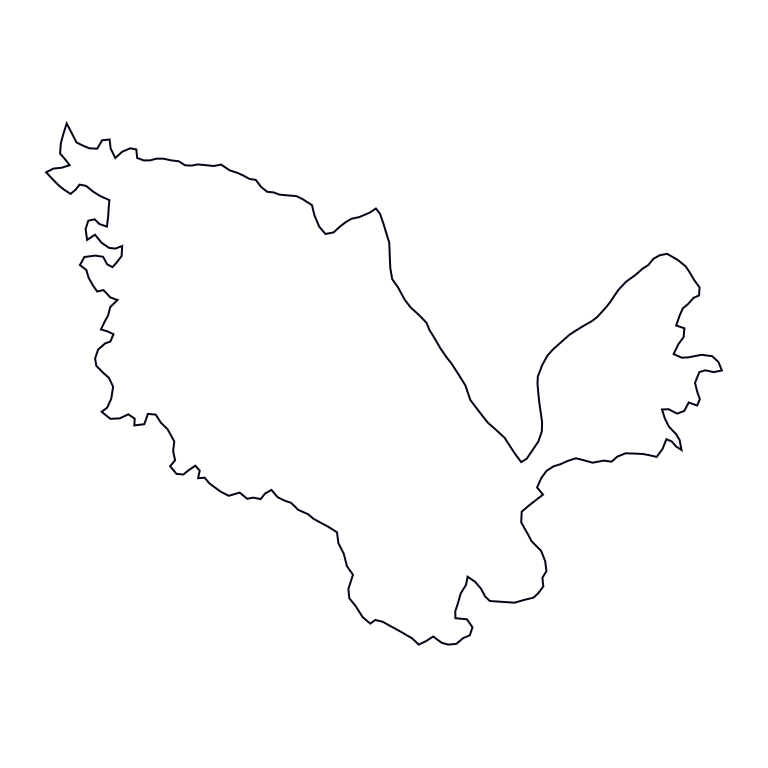 the district of Ibiaçá, Rio Grande do Sul, Brazil
{"feature_id": "56859067B35594515924132", "entity_name": "Ibiaçá", "entity_type": "district", "adm_level": 2, "iso_a3": "BRA", "parent_name": "Brazil", "parent_adm1": "Rio Grande do Sul", "projection": "robinson", "projection_center": [-51.78, -28.103], "detail": "fine", "context": "isolated", "style": "outline", "palette": "ink", "viewbox_px": 768, "rotation_deg": 0, "n_neighbors": 0, "source": "geoboundaries", "source_scale": "gbopen_adm2", "svg_char_len": 3965}
<svg xmlns="http://www.w3.org/2000/svg" viewBox="0 0 768 768"><path d="M543.0,494.6L537.1,487.5L541.2,478.2L546.5,470.9L553.4,466.4L560.2,464.3L567.8,460.9L575.9,458.3L583.2,460.1L592.6,462.7L603.8,460.6L611.6,461.7L617.3,456.6L625.6,453.3L635.0,453.6L643.0,454.0L648.8,455.1L656.7,456.9L662.6,448.8L666.4,439.2L671.8,441.5L676.1,446.5L681.5,450.0L679.6,440.0L676.1,434.1L669.0,426.8L664.8,418.4L662.0,409.5L668.6,409.2L677.1,413.6L684.3,410.9L688.7,402.5L697.1,405.5L699.9,399.2L697.5,392.6L695.0,383.0L699.3,372.1L705.2,370.3L713.7,372.1L721.9,370.5L718.5,362.1L712.2,356.2L701.6,354.8L694.4,356.2L688.0,357.4L681.8,357.7L673.6,354.1L678.4,344.2L683.6,337.1L684.4,328.3L676.2,325.5L679.6,315.6L682.8,308.4L688.4,303.7L693.6,297.8L699.0,295.5L699.6,287.5L694.3,280.2L690.0,272.9L685.6,266.3L678.0,260.1L667.1,253.8L659.6,255.3L653.3,258.9L648.3,265.1L642.4,268.8L635.8,274.7L626.1,281.7L618.5,289.8L614.2,296.0L610.4,301.8L606.3,307.0L601.9,311.9L596.9,317.3L591.3,321.5L583.8,325.7L576.0,330.5L569.3,334.9L558.8,344.2L552.8,349.6L547.5,355.5L542.2,365.1L537.8,376.6L537.5,383.7L538.3,393.3L539.4,403.6L540.9,413.5L542.1,422.4L541.8,431.5L538.4,441.4L530.2,453.6L526.7,458.7L521.2,462.1L514.3,452.8L508.9,444.4L504.6,437.8L495.5,429.4L488.0,422.8L482.7,416.2L474.5,405.5L470.3,399.9L465.3,385.3L457.5,372.8L451.6,363.7L446.3,356.9L440.5,348.5L433.9,337.1L429.4,329.9L426.6,322.9L419.4,315.4L410.6,307.4L404.7,299.7L398.1,287.5L392.2,279.1L390.3,268.1L389.7,254.9L389.3,243.0L383.4,223.6L380.0,213.7L375.9,208.5L369.6,212.7L359.2,217.1L351.4,218.8L345.8,222.1L339.9,226.6L333.6,232.4L325.5,234.0L319.2,226.6L314.4,215.3L312.0,205.2L302.6,199.1L296.4,196.1L287.8,195.4L279.4,194.6L273.5,192.4L267.2,191.8L261.0,186.9L255.8,179.9L249.4,178.9L244.0,175.9L237.8,173.0L229.6,170.3L221.2,164.6L213.6,166.0L206.2,165.2L197.8,164.4L191.7,165.6L185.1,165.3L178.8,161.3L171.4,160.4L163.5,158.7L156.3,158.7L150.0,160.4L143.8,160.4L137.2,158.0L136.3,149.4L130.3,148.3L122.2,151.7L115.3,158.0L110.6,148.4L109.6,139.5L102.1,140.3L97.2,148.7L89.3,148.3L83.4,145.8L76.5,142.5L71.4,132.5L66.7,123.4L63.0,135.1L60.8,143.5L60.1,153.6L65.2,159.4L69.6,165.2L61.8,167.7L53.3,168.6L46.1,172.3L53.0,179.6L58.4,185.1L64.3,189.9L70.6,193.9L75.5,189.8L79.6,184.6L86.1,185.9L93.4,191.8L100.3,196.1L109.4,200.1L108.7,207.8L108.2,216.3L106.9,226.6L99.3,224.0L94.7,219.3L88.3,220.7L85.6,229.1L87.1,239.9L95.0,234.7L101.5,242.7L109.1,247.9L115.3,248.6L122.2,246.0L121.6,256.0L116.6,262.6L112.5,267.1L107.1,264.3L103.1,256.8L95.3,255.6L84.4,257.0L79.9,265.1L86.3,269.9L88.7,277.9L93.1,285.7L97.2,291.5L103.5,290.1L110.3,297.4L117.5,300.0L110.3,307.0L108.1,315.4L104.5,322.0L100.9,329.5L107.1,331.2L113.5,334.2L110.4,341.5L105.0,343.5L98.1,349.6L95.1,358.4L96.3,365.8L103.5,373.1L108.9,377.8L113.1,386.7L111.3,398.6L107.2,407.6L101.7,411.8L110.3,418.8L119.7,418.4L128.3,414.3L134.7,418.6L134.3,425.4L144.3,424.2L147.9,413.9L155.7,414.6L160.8,422.6L167.7,429.4L174.3,441.5L173.1,451.0L175.1,460.3L170.1,466.2L176.5,473.9L183.4,474.5L188.4,470.4L195.3,465.7L199.7,470.6L198.1,478.2L204.7,477.7L209.3,483.3L214.4,487.1L220.9,491.8L228.7,495.8L239.7,492.6L247.2,498.8L253.2,497.6L260.6,499.1L265.0,493.6L271.4,489.9L277.6,497.2L285.2,500.9L291.0,502.8L298.2,509.8L308.0,514.2L313.8,519.0L328.8,527.1L337.0,532.3L338.4,543.2L343.7,553.6L347.0,566.3L353.0,574.8L348.4,588.8L349.3,598.3L355.6,606.0L362.7,617.2L370.3,623.6L375.3,620.0L382.5,621.7L391.9,626.9L401.3,632.0L406.8,635.3L412.1,638.3L418.7,644.6L425.9,641.2L433.2,636.5L441.7,642.8L448.1,644.6L456.3,643.9L463.2,638.1L469.8,635.3L472.5,627.3L466.9,619.3L455.4,618.2L455.3,611.1L457.6,604.3L460.7,593.5L466.1,584.7L467.6,576.7L475.1,581.8L480.8,588.4L485.1,596.4L489.8,601.0L514.5,602.7L524.6,599.8L533.4,597.7L538.0,593.5L543.3,586.5L542.4,577.8L546.4,571.2L545.2,561.2L541.2,551.0L536.8,546.5L531.4,541.0L528.4,535.1L525.2,529.6L521.2,522.3L521.7,511.7L528.6,505.8L534.6,501.1L543.0,494.6Z" fill="none" stroke="#020617" stroke-width="2"/></svg>